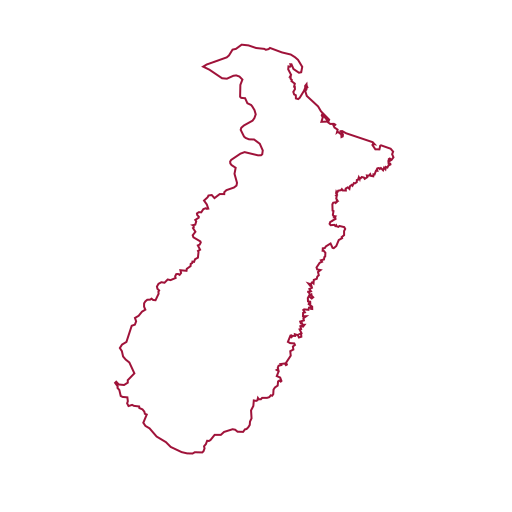 the district of El Litoral Del San Juán (Docordó), Chocó, Colombia, rotated 101°
{"feature_id": "7082276B60850908313742", "entity_name": "El Litoral Del San Juán (Docordó)", "entity_type": "district", "adm_level": 2, "iso_a3": "COL", "parent_name": "Colombia", "parent_adm1": "Chocó", "projection": "orthographic", "projection_center": [-77.053, 4.269], "detail": "fine", "context": "isolated", "style": "outline", "palette": "rose", "viewbox_px": 512, "rotation_deg": 101, "n_neighbors": 0, "source": "geoboundaries", "source_scale": "gbopen_adm2", "svg_char_len": 6102}
<svg xmlns="http://www.w3.org/2000/svg" viewBox="0 0 512 512"><g transform="rotate(101 256 256)"><path d="M423.0,229.9L419.7,230.3L416.2,229.4L408.5,231.4L403.7,230.0L398.2,230.6L398.2,228.2L397.4,227.1L395.0,227.0L396.1,225.9L395.7,223.9L394.1,222.9L393.1,218.0L392.0,216.0L389.9,214.9L390.1,213.5L388.4,212.7L383.8,213.3L381.4,212.3L379.1,210.0L374.9,210.4L373.9,209.4L374.6,207.8L373.8,207.2L370.7,209.1L369.9,212.7L364.7,211.7L363.9,213.9L362.8,212.6L361.5,213.3L359.4,212.9L358.3,210.5L357.4,211.3L356.0,207.2L357.4,205.8L356.7,205.0L355.0,206.1L347.2,202.9L342.9,204.2L340.7,201.5L337.8,202.5L335.9,200.8L334.5,201.8L335.0,205.9L334.2,208.3L327.5,207.0L327.2,206.3L328.1,205.7L329.8,206.1L327.4,204.9L327.0,202.4L325.4,202.9L325.8,199.7L327.8,198.3L326.6,196.1L324.4,196.7L324.2,198.1L323.1,196.6L319.7,199.2L319.1,197.8L316.4,199.1L315.9,198.3L316.4,196.4L314.3,195.3L314.7,197.2L313.2,198.0L313.5,199.2L311.9,200.1L310.1,196.7L308.1,197.6L305.5,195.2L306.1,198.4L302.8,198.9L302.0,197.3L300.0,199.3L299.2,198.6L298.8,194.2L296.5,194.1L296.1,193.1L295.9,192.1L297.4,191.8L297.3,190.7L295.0,191.2L293.2,195.1L292.2,194.9L292.1,193.7L290.5,194.1L290.6,196.3L287.4,197.1L285.4,196.5L287.1,193.2L285.6,192.0L284.4,193.8L283.1,194.3L284.2,195.4L282.6,196.6L281.2,196.5L281.4,198.8L280.1,195.4L278.2,197.3L276.5,195.0L274.0,196.3L274.9,197.1L273.0,199.3L273.3,197.1L271.2,195.9L272.0,194.3L268.4,194.7L266.8,192.0L264.5,191.9L262.9,190.7L259.9,192.1L257.5,190.0L257.5,193.4L255.7,194.4L250.5,192.2L249.1,190.1L247.8,191.4L246.4,188.6L244.0,188.7L243.3,188.0L239.6,188.5L237.9,190.6L238.1,191.6L235.7,191.9L235.1,190.0L233.2,189.2L229.5,185.2L233.4,182.4L233.5,181.2L230.9,179.1L224.5,177.8L222.1,174.9L221.1,175.5L218.7,173.5L214.7,174.3L212.4,173.6L210.8,174.9L210.6,179.8L211.7,180.7L211.4,182.7L210.5,183.2L211.4,183.9L210.5,185.0L211.5,188.6L210.4,189.9L208.4,189.6L207.2,188.0L206.4,188.5L206.8,187.9L204.5,185.0L203.2,185.5L203.2,186.5L201.9,185.7L201.9,187.6L201.0,188.4L197.1,188.5L196.8,189.5L190.7,190.9L189.0,190.4L188.2,188.4L188.7,187.9L187.4,186.9L186.3,187.2L186.2,186.5L184.3,188.2L181.8,188.2L181.4,188.9L180.5,188.1L179.0,189.4L177.7,189.4L178.7,188.5L176.2,187.8L175.2,185.1L174.0,184.5L175.1,183.4L174.6,180.3L172.7,180.8L171.1,179.0L172.3,177.1L169.6,177.1L167.9,175.6L168.6,174.7L165.7,173.8L165.8,172.7L164.3,171.2L162.2,171.5L161.7,170.4L159.1,170.1L160.7,168.9L159.6,168.9L159.6,168.0L158.3,167.3L158.4,165.0L159.5,164.0L157.4,161.8L155.8,162.5L155.7,160.6L153.9,159.5L155.4,158.6L155.4,156.1L153.4,156.3L153.4,155.2L149.4,154.5L149.2,153.1L147.8,153.9L146.8,153.6L146.2,152.2L147.0,151.1L145.8,150.2L147.6,147.6L144.8,147.1L146.1,145.5L143.8,145.5L144.1,143.9L142.0,143.3L140.5,141.5L139.8,141.8L139.9,143.5L137.8,144.1L137.6,142.9L136.6,142.6L136.2,144.0L135.5,144.1L134.8,143.3L135.8,141.3L132.9,139.9L130.1,141.8L127.4,141.3L125.0,144.3L123.5,154.4L124.1,155.1L127.8,155.2L128.5,159.2L124.8,162.9L123.8,162.6L123.7,160.9L122.0,163.2L118.3,191.1L116.9,195.2L117.6,197.7L117.7,195.7L120.3,193.8L122.1,193.7L122.9,194.8L120.4,195.5L118.5,199.4L119.3,200.1L116.4,200.0L114.9,203.5L111.9,205.7L111.5,204.6L112.5,202.5L112.0,203.1L111.4,204.8L112.2,208.3L110.5,211.9L111.8,217.4L107.2,216.9L105.4,218.3L104.1,218.0L109.3,211.8L109.3,210.4L108.2,210.2L101.6,219.8L97.3,223.6L89.2,236.7L84.6,239.2L83.0,238.3L81.5,238.5L80.8,237.9L80.5,238.5L80.0,237.3L80.0,238.6L77.7,239.2L79.6,240.2L81.6,239.8L84.9,240.5L92.4,243.3L93.9,244.5L93.7,246.9L90.6,247.6L90.1,249.4L87.8,250.7L84.8,249.6L82.5,250.2L82.5,250.9L79.4,250.8L77.6,254.5L76.4,254.4L75.3,256.0L73.7,256.1L73.7,256.9L71.5,256.1L66.6,260.0L63.7,260.3L63.7,258.7L62.4,258.0L61.2,258.8L61.0,257.8L65.3,254.9L67.9,248.8L67.0,246.7L61.5,246.7L55.4,252.2L53.4,255.7L51.6,260.3L51.2,269.4L49.1,282.0L50.5,283.1L51.7,285.7L51.1,287.3L51.8,295.6L50.7,303.6L51.3,310.4L56.5,315.2L57.9,318.4L64.3,320.8L66.6,322.6L77.4,340.9L80.2,344.0L82.0,337.3L88.0,323.2L87.5,318.4L83.4,312.6L82.5,309.9L83.0,306.5L85.4,303.0L91.0,304.0L102.7,302.0L103.6,300.7L103.2,296.8L107.7,293.6L108.7,289.6L109.9,288.2L113.1,285.3L117.0,283.3L121.0,283.9L123.8,285.2L130.1,292.7L132.9,294.9L135.1,295.1L141.1,290.5L142.1,288.7L142.8,285.1L142.0,280.1L145.1,273.7L151.1,269.5L154.9,269.3L156.1,270.2L156.8,273.1L156.2,287.0L158.5,290.8L166.4,298.7L168.2,299.4L170.0,298.9L171.4,297.4L173.3,292.8L179.4,292.8L187.8,288.6L190.6,288.6L193.0,290.7L197.0,297.6L199.4,299.3L201.3,299.0L202.1,303.4L207.1,307.8L204.6,311.1L205.7,314.2L207.6,314.7L211.5,317.6L214.8,314.1L218.6,311.9L219.1,313.3L218.7,314.4L220.0,316.6L223.6,318.1L223.9,320.5L225.5,322.1L226.9,321.6L228.4,319.6L229.4,319.6L232.2,322.5L233.4,321.3L236.8,321.6L237.8,323.9L238.1,323.0L239.8,322.6L240.6,323.2L243.8,320.1L247.7,322.1L249.6,321.0L252.3,313.4L253.3,312.8L255.6,313.5L256.7,315.1L260.5,312.1L262.1,313.9L263.0,313.2L268.7,312.7L270.8,315.2L273.6,315.7L273.6,317.3L275.1,317.3L276.2,318.6L278.4,318.3L281.8,321.5L283.8,321.4L284.4,327.5L287.0,326.3L289.1,327.4L288.5,329.1L289.0,330.8L291.3,331.5L292.9,330.7L296.0,335.3L295.9,338.2L299.7,340.7L299.8,343.9L301.9,346.4L304.9,347.4L307.0,346.5L308.3,344.5L309.7,345.0L311.6,344.4L318.6,346.2L318.8,348.6L317.8,350.4L319.0,351.5L319.7,354.4L321.7,356.0L323.8,356.8L327.1,356.2L329.8,354.4L332.4,357.3L337.1,359.8L339.9,363.0L343.0,361.2L346.5,361.8L348.2,364.7L365.1,366.8L368.5,370.6L372.3,372.1L375.0,369.5L380.0,367.3L382.5,364.2L384.7,360.0L394.4,353.0L402.4,358.2L404.8,357.7L407.8,360.9L408.3,366.2L406.1,369.2L407.4,370.1L410.4,366.9L411.9,366.8L413.6,364.6L419.2,362.1L419.8,360.1L419.3,355.3L423.0,354.1L425.2,354.4L427.6,352.5L425.8,349.2L426.4,347.2L426.0,342.0L427.5,341.5L428.2,338.2L430.1,335.9L432.1,335.0L432.5,333.0L441.2,334.8L443.9,332.1L445.5,327.6L452.2,319.1L455.9,308.9L459.7,303.3L462.7,291.6L462.9,285.9L462.0,280.6L460.3,278.6L459.1,271.3L457.7,270.3L454.7,269.8L452.7,270.7L450.2,269.3L446.7,268.7L446.6,267.0L445.4,265.6L439.5,262.5L438.3,256.4L434.8,253.8L430.5,245.9L430.5,243.3L432.0,240.6L431.1,235.1L428.2,233.7L427.7,232.3L425.6,230.9L423.0,229.9Z" fill="none" stroke="#9f1239" stroke-width="2"/></g></svg>